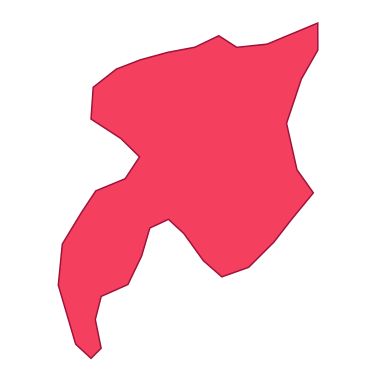 the border of Mosta, rotated 264°
{"feature_id": "MLT-5927", "entity_name": "Mosta", "entity_type": "state/province", "adm_level": 1, "iso_a3": "MLT", "parent_name": "Malta", "parent_adm1": "", "projection": "mercator", "projection_center": [14.416, 35.91], "detail": "fine", "context": "isolated", "style": "filled", "palette": "rose", "viewbox_px": 384, "rotation_deg": 264, "n_neighbors": 0, "source": "natural_earth", "source_scale": "10m", "svg_char_len": 612}
<svg xmlns="http://www.w3.org/2000/svg" viewBox="0 0 384 384"><g transform="rotate(264 192 192)"><path d="M111.2,240.5L104.5,212.8L122.4,196.2L151.6,179.5L167.3,165.7L160.6,146.3L133.6,135.2L106.7,118.6L97.7,90.8L75.3,82.5L46.1,85.3L37.1,74.2L52.8,60.4L113.4,49.3L153.8,57.6L183.0,79.8L203.2,96.4L212.2,126.9L232.4,143.5L252.6,126.9L275.1,99.2L306.5,104.7L322.2,129.7L328.9,154.6L333.4,182.3L335.7,210.0L344.6,235.0L331.2,251.6L331.2,282.1L346.9,334.7L320.0,332.0L293.0,312.6L250.4,293.2L203.2,298.7L178.5,312.6L153.8,287.6L133.6,268.2L111.2,240.5Z" fill="#f43f5e" stroke="#9f1239" stroke-width="1.5"/></g></svg>